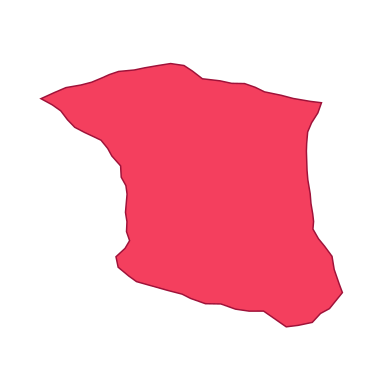 outline of Pinhais, Paraná, Brazil, rotated 95°
{"feature_id": "56859067B39205088025150", "entity_name": "Pinhais", "entity_type": "district", "adm_level": 2, "iso_a3": "BRA", "parent_name": "Brazil", "parent_adm1": "Paraná", "projection": "equal_earth", "projection_center": [-49.159, -25.426], "detail": "fine", "context": "isolated", "style": "filled", "palette": "rose", "viewbox_px": 384, "rotation_deg": 95, "n_neighbors": 0, "source": "geoboundaries", "source_scale": "gbopen_adm2", "svg_char_len": 1079}
<svg xmlns="http://www.w3.org/2000/svg" viewBox="0 0 384 384"><g transform="rotate(95 192 192)"><path d="M91.8,70.8L91.4,82.0L90.0,99.3L87.9,111.5L85.9,128.6L82.2,138.1L79.4,149.1L80.3,162.0L78.8,173.8L78.3,191.5L71.5,202.1L66.7,211.0L65.9,224.5L68.9,236.6L72.4,249.9L75.5,260.2L78.3,275.6L82.2,284.5L86.7,292.6L91.4,301.6L95.1,312.0L99.0,326.7L105.0,337.9L112.2,350.6L117.3,338.9L122.6,329.8L130.9,322.3L137.8,314.4L142.0,304.3L148.3,287.2L155.9,279.8L163.1,275.0L172.2,265.4L183.4,263.8L191.4,258.4L199.8,256.5L208.2,256.5L218.1,256.5L227.3,254.2L237.2,253.8L245.9,249.9L254.0,253.8L263.1,262.1L273.4,259.0L281.4,247.4L286.1,239.5L288.6,226.4L292.1,207.9L294.6,193.0L298.2,184.0L302.1,168.9L301.0,153.5L304.9,138.5L305.7,124.6L304.4,110.3L318.1,86.4L315.6,74.6L311.4,60.8L301.8,53.4L296.2,44.9L279.1,33.4L270.7,37.4L256.8,43.6L243.9,46.9L234.7,55.0L227.6,61.9L218.4,68.3L210.8,68.3L203.4,69.8L193.0,72.5L183.5,74.1L169.6,77.7L160.3,79.3L151.3,80.4L141.3,81.6L133.6,82.0L122.1,82.0L112.6,78.9L102.2,73.5L91.8,70.8Z" fill="#f43f5e" stroke="#9f1239" stroke-width="1.5"/></g></svg>